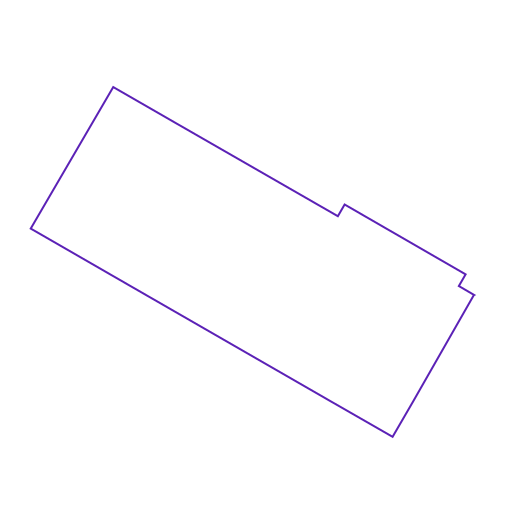 outline of Stark, North Dakota, United States of America, rotated 30°
{"feature_id": "52423323B36823497446374", "entity_name": "Stark", "entity_type": "district", "adm_level": 2, "iso_a3": "USA", "parent_name": "United States of America", "parent_adm1": "North Dakota", "projection": "natural_earth1", "projection_center": [-102.534, 46.82], "detail": "fine", "context": "isolated", "style": "outline", "palette": "violet", "viewbox_px": 512, "rotation_deg": 30, "n_neighbors": 0, "source": "geoboundaries", "source_scale": "gbopen_adm2", "svg_char_len": 331}
<svg xmlns="http://www.w3.org/2000/svg" viewBox="0 0 512 512"><g transform="rotate(30 256 256)"><path d="M120.7,181.0L47.9,181.1L47.2,344.9L158.9,344.8L390.9,344.5L464.7,344.3L464.8,303.8L464.2,181.0L464.4,180.7L446.7,180.6L446.7,167.1L307.0,167.1L307.0,180.6L120.7,181.0Z" fill="none" stroke="#5b21b6" stroke-width="2"/></g></svg>